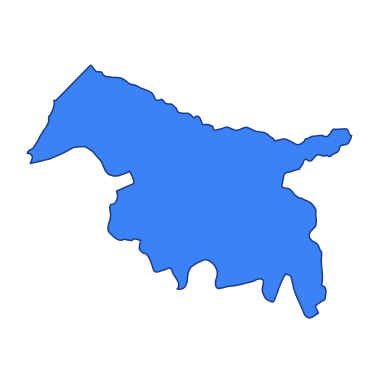 Desruisseaux, Micoud, Saint Lucia, rotated 357°
{"feature_id": "8701671B99321727283863", "entity_name": "Desruisseaux", "entity_type": "district", "adm_level": 2, "iso_a3": "LCA", "parent_name": "Saint Lucia", "parent_adm1": "Micoud", "projection": "robinson", "projection_center": [-60.935, 13.796], "detail": "fine", "context": "isolated", "style": "filled", "palette": "blue", "viewbox_px": 384, "rotation_deg": 357, "n_neighbors": 0, "source": "geoboundaries", "source_scale": "gbopen_adm2", "svg_char_len": 6061}
<svg xmlns="http://www.w3.org/2000/svg" viewBox="0 0 384 384"><g transform="rotate(357 192 192)"><path d="M311.9,319.7L310.7,316.4L309.5,314.3L309.5,312.7L309.9,311.7L312.3,310.1L315.4,308.1L317.8,307.1L318.8,306.4L319.4,305.4L320.6,298.2L320.5,296.4L319.6,293.9L317.9,292.7L316.4,292.1L317.0,289.7L317.5,286.9L317.8,283.5L317.8,276.4L317.5,272.9L317.5,267.1L317.9,264.0L318.2,258.5L316.8,256.5L315.2,251.7L313.7,249.8L309.0,246.8L307.3,244.3L306.8,242.3L306.7,241.1L307.9,238.0L312.1,234.1L313.8,232.2L314.5,228.7L314.7,225.9L314.4,223.5L314.5,219.3L314.8,217.2L314.3,215.0L312.1,211.5L309.7,208.7L307.3,207.4L303.2,205.3L300.9,203.9L298.8,203.5L297.5,202.8L294.8,200.5L293.5,199.0L291.8,196.4L289.4,194.0L287.9,193.5L284.7,192.9L283.3,192.2L281.9,191.2L284.7,179.8L285.9,178.3L287.8,177.5L291.2,177.0L293.4,176.5L295.8,175.6L300.2,174.9L302.3,172.0L303.8,170.2L305.6,165.9L306.8,165.3L308.2,165.7L309.9,166.8L311.5,167.2L312.8,166.9L313.6,166.4L315.7,164.1L317.7,162.1L319.3,161.5L321.6,161.7L324.2,162.7L326.2,163.0L328.7,162.4L329.9,163.4L331.1,163.7L332.6,163.4L334.5,161.6L335.5,161.6L336.6,160.8L338.3,160.3L339.1,159.9L340.7,158.1L341.9,155.0L342.9,153.7L343.8,153.2L347.5,152.8L350.2,151.9L351.6,150.2L353.2,147.3L354.3,144.2L353.6,144.1L352.5,143.1L351.5,140.2L350.1,137.3L347.6,136.9L343.5,137.0L340.1,137.0L336.5,136.7L334.9,138.0L333.1,140.7L330.6,143.4L328.0,143.8L325.6,142.6L324.2,142.2L314.2,142.8L312.1,143.9L309.9,144.7L308.0,145.0L306.4,147.6L303.5,149.5L301.6,150.2L299.9,150.2L298.8,150.0L296.5,148.7L292.9,146.5L288.9,144.4L286.7,143.8L285.1,143.9L281.3,144.6L277.2,145.4L276.1,143.0L272.5,140.4L270.3,138.1L268.7,137.2L266.8,136.2L265.1,136.0L258.8,134.7L251.2,130.7L249.8,130.2L247.4,130.5L242.1,132.4L239.5,132.8L237.4,132.2L231.8,129.5L230.9,129.2L230.0,129.1L228.9,129.1L224.5,130.5L223.0,130.8L221.8,130.8L219.6,131.4L218.6,131.4L217.7,131.3L216.9,131.0L216.6,130.2L216.5,129.0L216.3,128.0L215.9,127.4L215.1,126.9L213.0,126.0L211.6,125.5L210.3,125.3L209.2,125.3L207.0,125.4L206.4,125.1L206.0,124.6L205.7,124.0L204.0,119.2L203.2,117.8L202.3,116.9L201.5,116.7L200.6,116.6L199.7,116.7L198.5,118.0L197.8,118.0L197.0,117.4L194.7,114.9L193.2,113.8L192.1,113.2L190.9,113.1L188.3,113.1L184.8,112.6L183.2,111.9L182.1,111.1L181.5,110.3L181.4,109.7L181.2,108.8L180.6,107.6L178.0,105.0L177.4,104.2L176.4,103.3L175.2,103.0L173.1,102.9L171.6,102.6L170.8,102.4L170.0,101.9L169.4,101.1L167.8,98.8L167.1,98.1L166.3,97.9L165.4,98.1L164.4,98.5L162.0,98.8L161.3,98.6L160.7,98.1L160.2,97.4L159.9,96.8L159.3,94.9L158.8,93.6L157.6,91.7L156.8,90.8L155.9,90.2L154.7,89.4L150.2,87.2L146.5,85.6L145.2,84.9L142.9,83.3L140.7,82.2L138.1,81.7L136.5,81.1L135.0,80.4L134.2,79.9L132.1,77.8L131.2,77.1L128.7,75.3L126.4,74.4L123.2,73.7L122.0,73.6L119.4,73.5L118.3,73.3L117.0,73.0L116.2,72.7L115.3,72.8L113.0,72.4L112.0,72.0L111.1,71.6L109.4,70.4L109.0,69.8L108.8,68.7L108.1,67.7L106.7,67.2L105.8,67.2L103.0,66.7L102.1,66.2L101.1,64.9L98.9,61.5L98.5,61.1L97.2,60.1L61.2,93.2L58.9,93.4L59.0,94.2L59.1,96.3L58.7,98.3L57.8,101.5L57.2,102.9L55.1,106.5L54.8,107.5L53.4,108.5L53.0,108.9L52.6,110.6L52.8,113.8L52.6,114.1L52.2,115.0L50.5,118.3L49.8,119.3L49.2,120.6L48.7,121.0L46.8,123.0L45.1,125.8L44.2,126.9L42.7,129.2L42.0,130.6L41.5,131.3L40.7,132.9L37.6,137.0L35.5,140.0L34.9,140.5L33.6,140.9L31.7,141.9L30.9,142.4L30.5,142.9L30.0,144.0L29.7,144.8L31.3,145.0L32.1,145.3L32.7,145.7L33.9,147.1L34.3,148.4L34.3,149.5L33.9,150.9L32.2,154.7L32.1,155.0L38.5,154.0L52.0,151.4L66.1,146.1L76.0,141.3L81.0,140.9L87.8,141.1L94.9,146.3L102.9,156.6L106.6,166.3L109.7,170.1L114.4,171.9L118.7,172.1L125.7,170.1L129.7,168.7L130.5,167.9L131.5,169.6L133.3,173.7L134.5,177.8L134.3,180.5L116.8,187.1L116.8,187.8L117.3,189.4L117.4,191.8L117.3,193.5L116.9,194.9L115.7,197.5L114.5,198.7L112.8,200.0L110.4,200.2L109.8,200.9L109.1,202.5L109.0,204.2L109.4,207.3L109.6,210.6L108.8,215.0L106.8,220.4L106.2,223.9L106.2,226.1L107.1,227.8L108.4,229.4L111.8,233.0L115.1,235.4L117.0,236.2L119.6,236.5L121.0,235.6L122.5,235.8L125.3,236.6L126.9,236.8L129.2,237.4L130.9,236.1L131.7,235.9L133.4,236.0L135.7,236.8L138.1,237.7L136.6,243.9L136.5,244.8L136.5,245.6L136.7,246.7L137.3,247.7L139.3,249.9L140.3,250.6L142.3,251.0L143.1,251.7L144.1,252.8L144.9,254.0L145.9,256.0L146.8,258.2L147.2,259.4L147.5,260.6L148.6,264.2L149.5,267.7L149.9,268.7L150.5,269.4L151.4,269.9L152.6,270.0L154.2,270.0L155.2,269.6L157.7,268.9L161.9,267.9L162.9,267.3L164.7,266.7L165.6,266.8L166.4,267.2L167.0,267.8L167.4,268.5L167.8,269.3L168.3,270.9L169.0,272.8L171.5,277.2L173.0,280.2L173.4,281.1L173.7,281.9L173.9,282.9L173.8,284.2L173.3,286.7L172.2,288.0L173.7,288.3L174.8,288.4L175.8,288.4L176.8,288.2L177.7,287.9L179.3,287.0L180.0,286.3L180.7,285.4L181.4,284.0L182.0,282.6L182.4,281.2L182.6,279.7L182.9,278.1L183.3,275.3L183.5,274.1L184.5,271.2L185.6,268.8L186.6,267.6L187.3,266.9L189.9,265.0L190.8,264.5L193.8,263.0L195.8,262.1L197.3,261.5L199.8,260.7L200.9,260.4L201.9,260.3L202.8,260.4L205.6,261.6L208.1,263.5L208.7,264.2L210.6,266.4L212.1,269.4L212.8,271.9L213.0,272.8L213.0,274.9L212.8,276.1L212.5,277.6L212.1,278.7L211.1,281.5L210.8,282.8L210.7,283.8L210.6,286.1L210.9,287.1L211.4,288.3L212.1,289.2L213.1,289.7L213.7,289.8L215.8,289.6L221.1,288.6L222.1,288.2L225.3,288.1L229.9,287.8L231.8,287.5L235.3,287.0L237.2,286.6L241.4,285.7L246.2,284.9L248.8,284.2L252.2,282.7L254.5,282.3L256.3,282.5L257.1,282.8L257.9,283.2L258.4,283.9L258.7,285.2L258.2,288.1L257.4,290.9L257.1,292.6L257.0,293.9L257.3,295.5L257.8,297.5L259.1,300.7L260.4,302.6L261.3,303.4L265.4,305.7L266.5,306.1L267.0,306.0L267.4,305.8L268.4,304.6L271.2,298.5L272.5,295.9L273.3,293.4L273.9,291.8L274.9,290.2L275.1,289.1L277.0,285.6L277.7,284.2L279.2,281.6L280.2,280.3L280.9,278.8L281.9,279.2L283.9,279.7L285.4,280.6L286.0,281.3L286.5,282.2L286.7,283.2L287.7,288.1L288.1,290.3L288.2,292.0L288.5,293.2L289.1,295.9L289.6,297.2L290.2,299.6L292.0,304.4L294.2,309.9L295.6,313.9L296.3,315.4L297.4,318.8L298.4,321.1L298.9,321.8L300.9,323.2L302.5,323.9L303.4,323.9L305.4,323.3L311.0,320.1L311.4,320.0L311.9,319.7Z" fill="#3b82f6" stroke="#1e3a8a" stroke-width="1.5"/></g></svg>